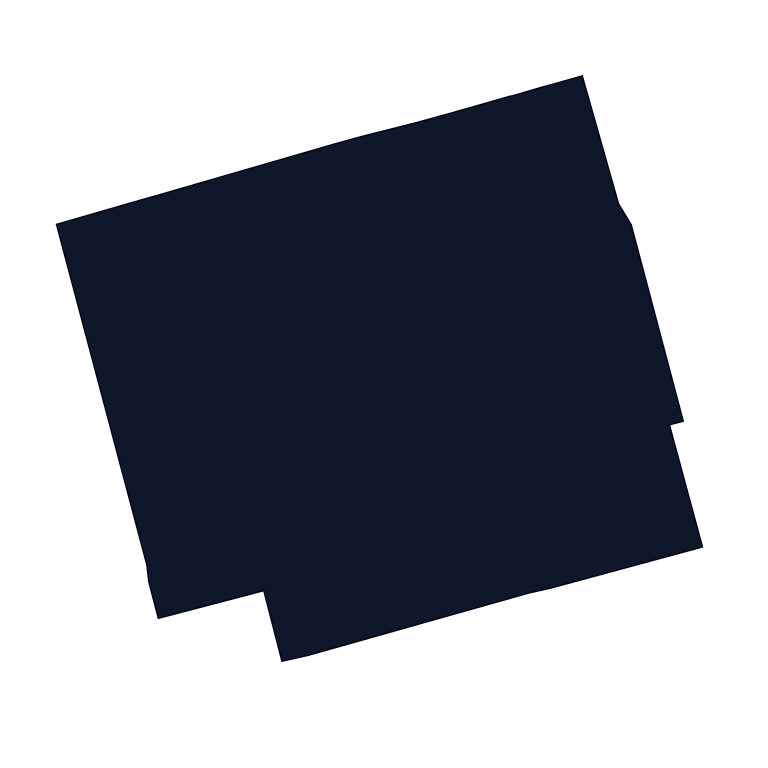 outline of Oregon, Missouri, United States of America, rotated 164°
{"feature_id": "52423323B54234500160423", "entity_name": "Oregon", "entity_type": "district", "adm_level": 2, "iso_a3": "USA", "parent_name": "United States of America", "parent_adm1": "Missouri", "projection": "mercator", "projection_center": [-91.435, 36.693], "detail": "fine", "context": "isolated", "style": "filled", "palette": "ink", "viewbox_px": 768, "rotation_deg": 164, "n_neighbors": 0, "source": "geoboundaries", "source_scale": "gbopen_adm2", "svg_char_len": 603}
<svg xmlns="http://www.w3.org/2000/svg" viewBox="0 0 768 768"><g transform="rotate(164 384 384)"><path d="M665.5,221.0L556.5,218.5L558.5,145.7L531.1,144.1L302.9,143.2L280.9,141.9L122.8,139.6L120.9,266.1L106.6,265.8L102.5,469.0L108.9,492.5L108.5,625.5L138.3,625.6L149.5,625.8L163.2,625.7L179.6,625.6L184.7,625.9L231.8,625.9L241.6,625.9L244.1,625.9L251.2,626.0L280.9,626.3L331.1,627.9L334.8,628.0L344.6,628.1L347.8,628.2L373.9,628.4L374.0,628.4L376.0,628.3L553.9,627.8L562.6,627.8L563.9,627.9L654.8,627.7L661.8,275.5L664.6,258.7L665.5,221.0Z" fill="#0f172a" stroke="#020617" stroke-width="1.5"/></g></svg>